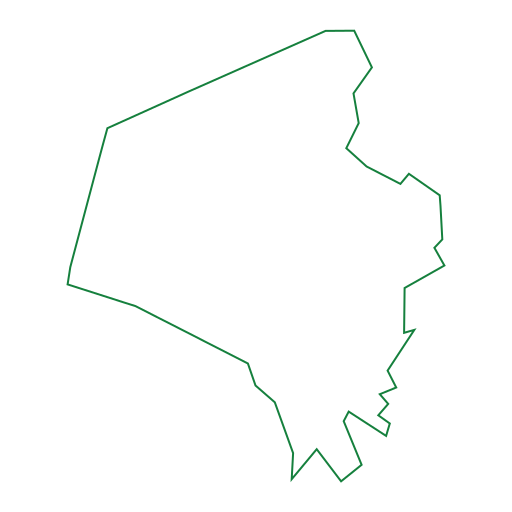 Fayette, Kentucky, United States of America (Natural Earth projection)
{"feature_id": "52423323B24182846637781", "entity_name": "Fayette", "entity_type": "district", "adm_level": 2, "iso_a3": "USA", "parent_name": "United States of America", "parent_adm1": "Kentucky", "projection": "natural_earth1", "projection_center": [-84.424, 38.027], "detail": "fine", "context": "isolated", "style": "outline", "palette": "green", "viewbox_px": 512, "rotation_deg": 0, "n_neighbors": 0, "source": "geoboundaries", "source_scale": "gbopen_adm2", "svg_char_len": 694}
<svg xmlns="http://www.w3.org/2000/svg" viewBox="0 0 512 512"><path d="M102.9,144.6L98.9,159.5L78.7,235.5L70.3,267.1L67.6,284.4L123.1,302.2L135.5,306.1L157.0,317.1L192.0,334.9L205.4,341.8L247.9,363.5L255.5,385.5L274.8,402.3L293.1,453.1L291.7,479.2L316.7,449.2L341.1,481.3L361.6,464.8L343.7,421.2L348.7,411.6L386.1,435.9L389.8,423.5L378.3,415.3L388.2,403.9L379.8,394.2L396.2,387.5L387.6,370.6L414.3,329.9L404.1,332.8L404.6,288.0L444.4,265.5L436.5,251.5L434.4,247.8L442.3,239.4L440.5,205.9L439.7,195.3L408.9,173.8L400.4,183.9L366.6,166.5L346.3,148.2L358.7,123.1L353.5,93.4L371.9,67.4L354.2,30.7L325.5,30.9L188.7,91.5L107.4,128.2L102.9,144.6Z" fill="none" stroke="#15803d" stroke-width="2"/></svg>